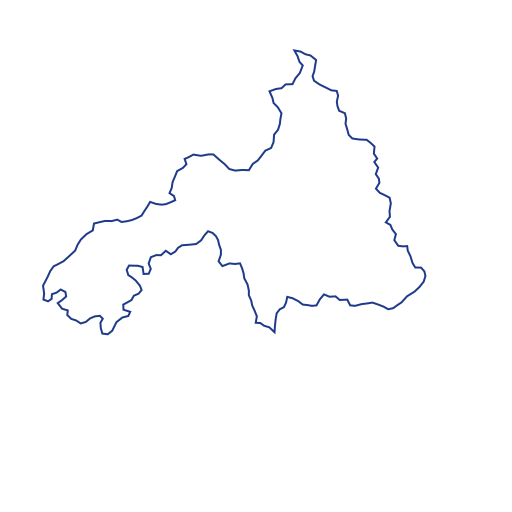 the district of Santa Luzia, Minas Gerais, Brazil, rotated 225°
{"feature_id": "56859067B83544904508322", "entity_name": "Santa Luzia", "entity_type": "district", "adm_level": 2, "iso_a3": "BRA", "parent_name": "Brazil", "parent_adm1": "Minas Gerais", "projection": "mercator", "projection_center": [-43.827, -19.726], "detail": "fine", "context": "isolated", "style": "outline", "palette": "blue", "viewbox_px": 512, "rotation_deg": 225, "n_neighbors": 0, "source": "geoboundaries", "source_scale": "gbopen_adm2", "svg_char_len": 3222}
<svg xmlns="http://www.w3.org/2000/svg" viewBox="0 0 512 512"><g transform="rotate(225 256 256)"><path d="M239.2,410.6L245.0,411.7L249.6,417.2L255.3,417.0L259.9,416.4L265.5,411.3L271.0,407.2L276.1,407.2L281.1,410.1L286.2,412.8L289.5,417.0L294.1,419.8L299.9,417.5L304.4,419.6L307.9,422.2L311.3,427.4L315.6,429.8L319.9,426.4L325.1,424.7L332.4,422.2L338.9,421.0L343.1,423.1L345.3,427.6L348.4,431.9L352.1,437.1L359.3,436.3L363.7,433.6L369.0,432.1L374.2,428.5L368.0,426.7L362.4,424.0L357.7,423.8L354.4,416.4L353.8,409.6L351.7,403.3L356.4,398.3L356.6,392.7L360.0,388.2L362.9,382.0L356.2,379.4L351.7,376.6L345.7,376.6L338.9,374.9L335.3,369.7L332.6,366.4L329.7,360.9L329.0,354.6L324.1,348.9L321.7,343.1L323.9,337.1L323.0,330.5L322.3,324.8L323.4,318.8L321.7,311.6L326.4,307.3L331.1,301.7L336.4,298.6L343.3,298.8L350.4,298.1L357.9,297.7L361.3,294.4L365.7,288.0L372.0,283.4L373.5,278.3L375.1,274.2L370.1,271.7L370.0,266.5L371.8,260.3L369.3,254.4L367.3,249.4L363.7,244.5L361.6,239.3L356.4,240.4L352.6,238.3L354.4,233.6L356.4,228.9L359.0,225.6L363.5,222.1L369.1,219.4L367.7,213.8L366.7,208.8L365.5,203.6L367.1,198.5L369.1,193.8L371.8,189.4L375.1,185.0L379.8,183.6L382.8,178.6L387.5,174.1L390.6,169.2L393.5,164.4L389.5,158.7L391.3,151.7L391.5,143.9L390.1,137.7L387.7,132.0L388.0,124.0L388.4,116.3L390.2,110.3L391.8,105.6L390.8,99.8L388.7,94.2L387.3,89.8L385.6,84.4L379.3,79.7L375.5,74.9L371.0,76.9L370.2,81.1L373.3,84.7L371.1,89.1L370.4,94.2L365.3,95.8L361.6,93.1L362.0,87.5L362.9,82.5L355.9,81.6L350.6,84.4L347.7,80.8L342.2,80.9L337.7,83.2L332.2,84.4L329.7,89.1L329.2,94.6L327.3,99.3L324.1,103.3L320.0,103.3L318.8,98.8L314.8,95.3L309.8,92.5L305.5,95.8L304.8,101.4L306.2,105.6L307.9,110.6L307.0,118.0L303.9,123.3L305.5,127.6L311.7,124.3L315.5,127.8L314.2,132.1L312.9,136.8L314.3,141.5L312.4,146.3L312.8,151.0L316.9,152.9L323.9,153.6L328.6,153.1L332.8,152.2L337.7,154.8L339.0,159.5L335.7,162.6L332.6,165.6L328.4,168.0L322.8,163.8L319.3,167.6L321.3,172.5L326.6,174.8L329.5,180.8L327.1,186.2L323.7,189.4L323.5,195.9L317.5,197.0L316.2,202.0L316.9,206.7L315.9,211.3L311.3,216.6L306.8,222.1L305.9,228.2L307.1,234.2L307.4,239.6L303.0,241.6L298.3,241.7L294.2,240.5L290.1,237.9L285.1,235.5L281.7,232.0L278.7,225.8L272.6,225.1L269.5,232.0L265.2,235.5L262.1,239.5L257.0,237.4L252.6,235.0L248.6,232.0L241.7,229.8L236.6,226.5L233.3,223.2L227.9,221.1L223.6,218.3L219.2,216.7L212.8,214.0L209.0,208.6L205.5,211.7L201.0,212.4L196.1,215.0L189.0,215.2L192.5,219.2L197.0,224.7L200.9,230.1L201.5,235.1L200.1,239.6L201.8,244.3L205.0,249.2L200.3,252.0L194.1,254.0L188.6,254.7L184.9,257.7L181.2,260.3L178.3,263.8L180.2,270.5L180.8,276.9L175.2,279.2L171.2,283.7L165.7,284.1L160.6,289.7L154.5,287.7L150.7,290.8L147.2,296.8L143.9,301.0L140.7,305.4L135.4,308.0L130.0,310.4L124.9,311.8L122.1,316.1L121.4,320.6L120.3,326.2L120.7,334.3L118.7,343.0L118.5,349.9L119.3,356.5L122.1,361.7L126.1,364.2L131.1,364.5L135.2,360.5L140.3,361.7L146.5,365.0L152.5,367.1L156.1,369.9L158.8,366.8L162.6,363.8L169.4,365.0L172.5,370.4L178.3,371.1L183.0,373.0L188.0,371.6L189.0,378.4L193.4,382.2L197.9,388.6L202.8,391.7L208.1,390.0L213.2,388.2L218.8,388.4L220.5,395.0L223.9,397.6L229.2,398.6L232.1,404.9L238.8,406.1L239.2,410.6Z" fill="none" stroke="#1e3a8a" stroke-width="2"/></g></svg>